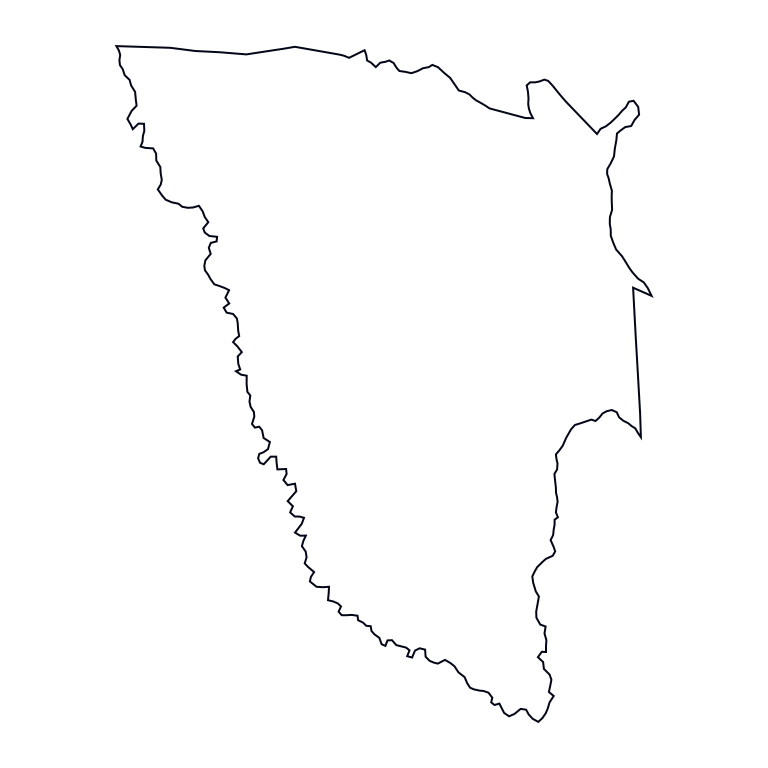 the district of Ituaçu, Bahia, Brazil
{"feature_id": "56859067B14233207063094", "entity_name": "Ituaçu", "entity_type": "district", "adm_level": 2, "iso_a3": "BRA", "parent_name": "Brazil", "parent_adm1": "Bahia", "projection": "natural_earth1", "projection_center": [-41.391, -13.875], "detail": "fine", "context": "isolated", "style": "outline", "palette": "ink", "viewbox_px": 768, "rotation_deg": 0, "n_neighbors": 0, "source": "geoboundaries", "source_scale": "gbopen_adm2", "svg_char_len": 4438}
<svg xmlns="http://www.w3.org/2000/svg" viewBox="0 0 768 768"><path d="M339.4,54.6L294.9,46.8L283.2,48.8L277.1,49.7L246.3,54.4L219.2,52.2L195.3,51.0L170.3,47.8L116.4,46.1L118.9,50.5L120.2,54.9L119.4,60.5L120.0,65.2L122.7,69.1L124.7,75.2L129.6,79.9L131.1,85.4L135.1,91.9L135.8,99.5L136.6,105.7L131.7,110.8L127.4,118.9L130.7,124.6L132.8,129.2L138.5,123.6L144.0,123.8L144.3,130.9L142.9,136.1L142.5,141.8L140.6,146.5L145.4,147.9L153.1,148.4L156.1,153.6L156.3,160.6L160.3,167.0L160.7,173.6L161.8,179.9L160.7,184.6L157.8,189.4L162.2,195.7L165.7,199.7L171.7,202.3L178.4,203.7L182.3,206.8L187.8,207.8L193.0,207.5L198.9,205.8L202.7,211.4L204.8,217.1L208.3,222.2L203.2,228.4L204.8,232.6L209.4,236.0L217.1,236.8L216.6,241.4L210.8,242.9L208.8,247.8L210.7,253.9L205.4,260.3L204.3,265.9L205.0,270.4L208.0,274.5L210.6,279.2L214.3,284.3L219.7,286.1L224.7,288.0L229.1,290.2L225.4,297.6L229.2,303.5L223.7,307.6L226.6,312.6L233.1,314.0L236.9,318.5L237.7,323.1L238.2,330.8L239.2,336.1L235.6,338.8L233.1,342.1L237.3,346.3L241.8,352.1L237.7,356.5L238.3,363.9L240.2,369.5L236.0,371.2L241.1,374.7L246.7,375.7L246.6,384.0L247.4,391.9L250.3,395.5L249.5,401.7L250.6,406.8L253.9,412.0L254.3,416.6L252.0,424.0L254.9,427.6L259.2,426.7L262.1,430.3L263.6,438.0L269.9,442.0L268.0,449.1L263.6,452.2L259.3,453.9L258.1,458.3L260.0,462.7L263.7,464.3L270.7,456.7L276.2,456.7L276.6,462.7L277.4,469.4L286.1,469.0L286.6,474.0L283.4,480.0L287.6,485.1L295.0,483.7L296.3,491.2L291.5,496.7L287.7,501.1L292.9,506.3L290.1,512.4L294.8,516.5L299.6,516.6L304.0,517.8L301.7,523.9L297.7,529.1L295.0,532.6L300.2,535.7L305.9,535.6L303.4,540.8L301.9,546.2L305.7,551.6L306.6,557.3L304.7,563.4L308.0,566.9L314.1,572.1L310.9,576.9L309.9,581.5L316.6,586.8L323.1,587.2L329.0,586.8L328.7,593.1L328.0,600.2L333.4,601.5L337.8,603.4L341.0,606.4L338.6,611.7L341.7,615.2L346.9,615.2L351.4,614.9L357.5,615.7L358.1,620.2L363.0,622.6L366.3,625.8L370.7,626.2L371.5,631.0L374.5,634.4L379.3,637.8L381.6,644.2L385.4,645.9L387.5,640.4L392.0,640.2L396.3,645.1L402.2,646.6L406.1,647.6L409.5,650.3L407.2,656.2L412.1,657.5L415.0,650.6L419.6,648.3L425.1,649.6L425.6,656.7L429.6,660.8L433.8,662.6L437.8,663.6L445.0,659.9L450.5,663.1L454.5,666.3L458.5,672.4L464.6,677.1L467.2,683.2L470.1,687.7L473.7,689.3L479.5,690.6L483.7,691.0L488.5,692.7L492.3,697.7L491.2,702.3L494.4,705.0L499.4,703.6L501.8,708.4L504.1,712.9L509.1,716.3L514.5,713.9L520.6,708.9L526.1,709.7L528.8,714.6L532.7,718.8L538.3,721.9L542.4,718.1L545.8,713.1L547.7,708.7L549.6,702.3L553.7,696.0L548.9,692.0L550.2,686.0L551.4,679.7L549.6,674.6L543.9,668.9L543.1,662.0L537.9,657.2L541.8,651.8L546.0,652.0L546.0,645.9L546.4,640.1L544.5,633.5L545.6,626.5L540.3,624.6L536.4,617.7L536.2,611.6L537.4,605.0L538.9,596.5L535.8,591.4L533.2,582.8L532.3,576.4L534.7,571.5L537.2,567.1L542.7,561.7L546.0,558.8L552.7,555.8L555.2,551.4L553.7,547.0L550.6,540.1L553.1,535.2L553.7,529.6L554.6,524.6L554.6,519.7L557.9,517.3L555.9,512.4L556.7,506.4L557.6,502.0L557.1,497.4L556.0,492.8L555.9,487.8L555.1,480.7L554.4,474.0L557.1,469.4L557.5,463.5L556.5,459.1L555.9,454.4L559.0,450.8L562.7,445.8L566.2,437.8L571.0,429.4L574.9,425.0L579.8,423.5L586.3,421.3L591.4,419.6L595.5,421.0L599.3,417.6L602.5,413.5L606.5,411.3L611.7,410.0L616.7,412.2L619.1,417.3L623.4,420.8L628.2,423.2L631.4,425.9L635.3,428.4L637.9,432.9L640.9,437.2L640.1,413.2L637.5,367.3L635.8,338.3L633.1,287.7L651.6,295.9L647.9,288.3L643.8,282.4L638.1,278.7L632.6,272.5L629.1,267.7L626.2,262.8L622.0,256.2L616.1,249.5L613.2,242.6L610.8,235.8L610.7,229.1L609.8,224.0L609.9,217.2L612.1,209.8L611.7,200.2L611.7,195.3L611.9,190.7L609.8,183.5L608.6,178.1L607.1,173.9L607.3,169.1L610.7,163.3L614.0,156.4L614.9,148.1L616.3,140.6L617.0,133.5L620.3,130.7L625.2,127.1L631.2,126.0L634.6,119.9L639.1,114.7L638.2,106.9L633.6,100.8L628.9,101.7L625.8,107.4L622.1,110.8L618.5,115.0L615.3,118.2L610.7,122.6L605.9,126.3L600.6,128.8L597.0,134.0L565.6,101.3L560.1,94.9L552.4,85.4L548.2,80.9L544.4,79.6L539.7,81.4L535.4,82.3L530.2,82.3L526.7,85.4L528.0,92.0L528.5,98.4L528.2,104.2L528.9,108.6L530.3,113.0L533.0,118.2L525.3,118.0L489.5,108.4L485.5,105.7L480.6,102.8L476.0,100.3L472.6,97.6L469.4,94.4L465.1,92.2L458.8,90.5L455.1,85.1L450.2,77.9L444.5,73.2L438.0,67.2L432.3,64.9L428.8,67.1L423.1,68.2L417.5,71.1L411.4,73.2L405.1,71.8L399.4,71.0L396.5,67.7L393.6,63.0L389.2,60.5L385.4,61.8L380.3,62.7L375.8,67.1L371.1,62.7L367.1,60.5L366.3,55.2L364.6,50.2L349.1,57.8L343.6,55.6L339.4,54.6Z" fill="none" stroke="#020617" stroke-width="2"/></svg>